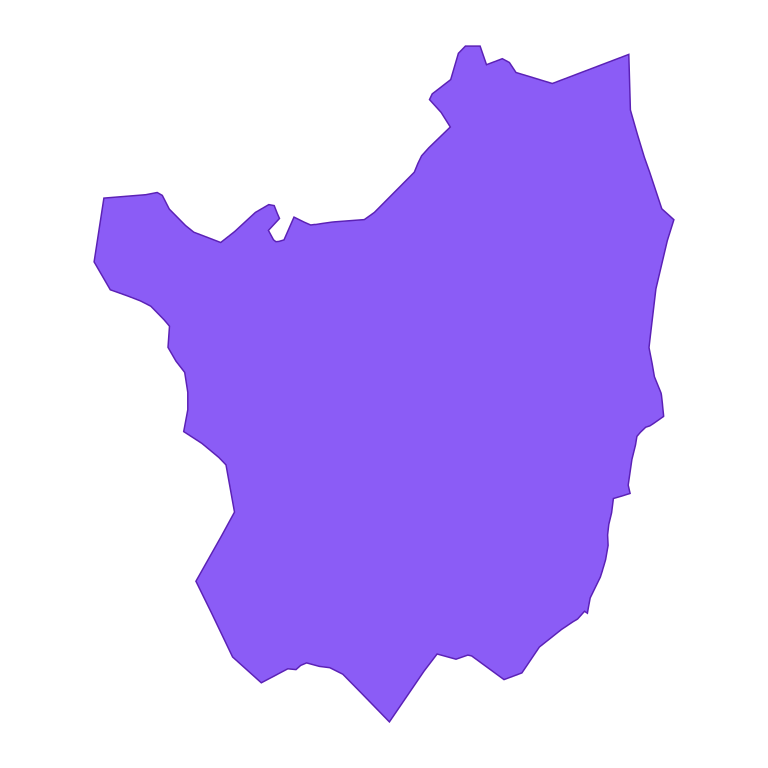 Damaturu, Yobe, Nigeria
{"feature_id": "59680162B76704120420691", "entity_name": "Damaturu", "entity_type": "district", "adm_level": 2, "iso_a3": "NGA", "parent_name": "Nigeria", "parent_adm1": "Yobe", "projection": "robinson", "projection_center": [12.053, 11.854], "detail": "fine", "context": "isolated", "style": "filled", "palette": "violet", "viewbox_px": 768, "rotation_deg": 0, "n_neighbors": 0, "source": "geoboundaries", "source_scale": "gbopen_adm2", "svg_char_len": 1883}
<svg xmlns="http://www.w3.org/2000/svg" viewBox="0 0 768 768"><path d="M232.6,657.0L261.3,682.8L287.8,668.8L296.0,669.6L300.7,665.4L306.6,662.9L319.4,666.4L322.7,666.8L329.8,667.7L342.8,674.2L360.4,692.1L389.4,721.9L424.2,670.9L437.1,654.0L456.0,659.2L467.8,655.1L471.6,655.9L504.0,679.6L521.9,672.9L539.4,647.0L561.2,629.7L561.6,629.4L572.9,621.8L577.6,619.0L584.5,611.3L587.4,613.2L588.6,606.4L590.2,597.9L600.3,577.2L602.5,570.4L602.5,570.1L603.8,565.9L605.6,559.7L608.1,545.4L607.6,534.9L608.8,524.4L611.6,512.8L613.4,498.5L622.0,496.0L630.1,493.4L628.2,485.1L631.9,459.5L635.5,445.0L636.9,436.4L640.3,432.4L645.7,427.2L649.8,425.9L653.8,423.3L663.6,416.4L663.6,416.0L663.6,415.9L663.6,415.6L663.6,415.4L663.5,415.2L663.5,414.9L663.5,414.7L663.5,414.2L663.4,413.6L662.9,408.9L662.5,404.7L662.5,404.4L661.5,395.5L661.4,395.0L661.3,394.2L661.0,392.9L654.4,376.7L652.1,363.4L649.0,347.6L650.6,333.7L655.9,288.9L667.3,240.7L673.9,219.7L661.8,208.8L649.7,172.3L644.3,157.1L637.4,134.4L630.4,110.0L628.8,54.4L552.3,83.5L516.0,72.5L509.4,62.5L502.3,58.7L486.5,64.7L480.1,46.1L465.4,46.1L458.4,53.3L450.7,79.6L432.2,93.9L429.5,99.6L441.1,112.4L450.3,127.0L429.0,147.6L421.6,155.8L418.0,163.2L414.3,172.2L374.4,212.4L364.3,219.6L335.1,221.8L332.0,222.1L322.7,223.4L315.8,224.5L314.2,224.5L310.7,225.0L304.3,222.2L294.0,217.1L284.0,239.9L279.0,241.4L275.9,241.7L273.5,239.8L268.4,230.4L279.5,218.5L277.3,213.5L274.2,205.6L268.8,204.6L255.4,212.4L234.7,231.5L220.7,242.5L193.8,232.2L185.5,225.5L169.3,209.1L162.3,195.4L157.2,192.5L145.8,194.7L103.9,198.1L94.1,261.9L110.3,289.8L127.2,295.8L140.2,300.8L150.8,306.2L164.0,319.7L169.5,326.2L168.0,347.4L176.0,361.2L184.7,372.4L187.8,392.4L187.8,409.7L183.7,431.6L201.9,443.4L218.9,457.5L226.0,464.9L234.5,512.1L221.8,535.4L219.1,540.2L195.9,581.3L196.2,581.8L211.1,612.1L232.6,657.0Z" fill="#8b5cf6" stroke="#5b21b6" stroke-width="1.5"/></svg>